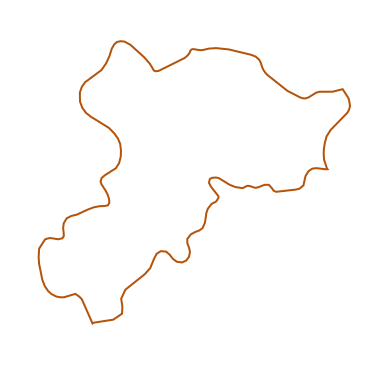 the Province of Lạng Sơn, rotated 100°
{"feature_id": "VNM-454", "entity_name": "Lạng Sơn", "entity_type": "Province", "adm_level": 1, "iso_a3": "VNM", "parent_name": "Vietnam", "parent_adm1": "", "projection": "orthographic", "projection_center": [106.647, 21.903], "detail": "fine", "context": "isolated", "style": "outline", "palette": "amber", "viewbox_px": 384, "rotation_deg": 100, "n_neighbors": 0, "source": "natural_earth", "source_scale": "10m", "svg_char_len": 2213}
<svg xmlns="http://www.w3.org/2000/svg" viewBox="0 0 384 384"><g transform="rotate(100 192 192)"><path d="M146.0,62.5L146.4,64.1L146.9,73.6L148.1,77.6L151.4,81.0L156.7,83.0L166.2,83.4L170.2,86.9L171.6,90.2L177.2,109.2L176.6,111.8L174.5,113.8L171.6,117.6L172.2,121.4L173.8,124.3L175.5,126.9L176.8,129.9L176.8,131.8L176.1,136.0L176.2,138.1L176.8,139.5L178.9,142.0L179.4,143.1L179.6,150.0L178.4,156.0L173.6,168.2L173.6,170.4L174.0,172.9L174.8,175.1L176.2,176.7L180.0,176.9L183.6,174.1L191.5,165.3L193.0,164.9L196.3,166.1L197.7,167.1L199.6,169.8L200.8,170.9L205.7,173.5L209.9,174.2L219.9,173.9L225.7,175.3L228.6,178.1L230.7,181.7L233.9,185.8L239.1,188.5L243.3,187.7L247.1,185.4L251.3,183.6L256.3,183.7L260.5,185.8L263.1,189.5L263.3,194.9L261.1,199.2L257.7,203.0L255.2,207.2L255.7,212.5L259.0,216.1L264.0,217.7L274.1,219.9L281.1,224.2L299.8,240.7L309.4,243.2L317.1,240.6L324.0,239.8L331.4,247.4L337.8,266.2L338.8,267.1L316.7,281.9L314.6,284.9L312.6,289.2L317.9,299.8L318.6,303.7L318.5,307.6L316.9,312.7L314.4,316.6L310.3,320.6L304.6,324.1L289.3,330.1L282.9,331.7L274.3,332.7L264.4,328.6L263.0,326.5L261.9,323.4L261.8,315.6L260.1,311.6L257.7,310.6L254.5,311.3L250.1,312.6L245.1,312.9L239.7,310.8L236.6,306.8L234.2,301.3L227.8,292.2L224.1,286.0L221.9,280.2L221.1,275.9L219.7,272.5L216.9,271.5L213.0,272.6L209.0,274.8L205.7,277.3L200.2,282.4L197.6,283.9L193.9,283.4L190.6,280.7L181.8,271.1L176.2,268.8L169.5,268.3L163.3,269.2L157.3,271.0L152.2,274.2L147.6,278.9L143.3,285.0L135.5,304.5L132.6,310.0L128.2,314.6L122.4,318.0L113.5,319.7L107.4,318.7L102.4,316.3L87.7,302.4L80.2,298.9L72.6,296.9L64.8,295.9L60.3,294.3L57.3,292.0L55.9,288.5L55.6,284.6L57.8,278.1L67.6,262.5L73.1,255.7L79.0,250.6L79.4,248.6L78.6,246.0L61.3,222.5L58.1,219.9L55.3,218.5L53.3,218.2L51.8,217.3L51.0,215.6L51.0,210.0L50.6,206.8L47.8,200.1L46.1,193.3L45.2,180.3L46.6,157.7L47.6,152.8L49.9,149.0L52.3,147.0L57.2,144.4L59.6,142.7L61.8,140.5L63.7,138.0L75.8,115.6L80.0,102.2L80.5,99.0L80.1,96.4L78.7,93.8L72.7,87.1L71.1,83.8L68.8,70.9L64.6,61.5L72.4,54.2L76.0,52.6L80.2,51.3L83.6,51.6L86.9,52.7L106.9,66.3L113.8,69.1L120.5,69.7L126.9,69.6L132.3,68.8L137.3,67.5L145.2,63.3L146.0,62.5L146.0,62.5Z" fill="none" stroke="#b45309" stroke-width="2"/></g></svg>